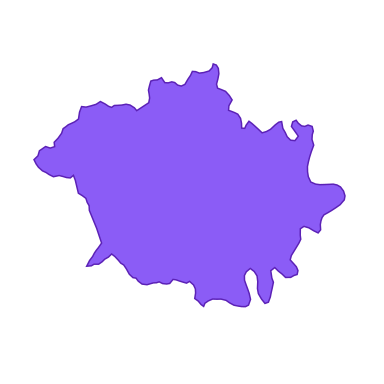 the district of Vargem, Santa Catarina, Brazil, rotated 350°
{"feature_id": "56859067B53689598872527", "entity_name": "Vargem", "entity_type": "district", "adm_level": 2, "iso_a3": "BRA", "parent_name": "Brazil", "parent_adm1": "Santa Catarina", "projection": "equal_earth", "projection_center": [-50.941, -27.469], "detail": "fine", "context": "isolated", "style": "filled", "palette": "violet", "viewbox_px": 384, "rotation_deg": 350, "n_neighbors": 0, "source": "geoboundaries", "source_scale": "gbopen_adm2", "svg_char_len": 3121}
<svg xmlns="http://www.w3.org/2000/svg" viewBox="0 0 384 384"><g transform="rotate(350 192 192)"><path d="M183.6,306.7L185.4,303.8L189.1,302.1L193.7,301.0L198.0,301.9L202.0,302.5L206.7,304.6L209.9,307.8L213.7,310.8L217.6,312.3L221.1,313.5L224.8,314.2L228.0,313.2L231.0,307.9L230.7,301.7L230.0,297.4L229.1,292.4L228.4,288.0L229.1,283.4L231.6,280.0L236.1,277.4L239.5,281.1L241.5,285.9L241.2,291.7L239.7,298.4L239.7,303.6L241.8,309.4L244.5,314.4L248.1,313.8L250.9,309.0L252.6,304.6L254.3,300.6L256.5,295.0L255.7,290.7L255.9,283.2L260.4,280.8L263.3,284.9L266.5,288.5L269.3,292.4L274.4,293.2L278.0,291.9L281.2,291.5L282.7,287.8L281.8,283.8L279.7,280.3L276.9,275.9L278.8,271.8L282.7,267.4L285.6,264.1L288.4,260.9L290.9,257.4L291.1,253.3L292.3,247.0L296.3,245.3L300.9,247.6L305.1,251.3L309.1,254.2L312.1,251.6L312.7,246.4L314.0,242.8L315.7,239.7L318.0,237.4L322.4,235.9L326.1,234.5L331.0,232.4L335.7,230.2L338.1,228.2L340.6,226.2L342.0,222.4L341.4,217.4L339.1,212.8L336.1,210.3L332.5,208.8L328.5,208.3L323.3,207.6L319.3,207.0L315.1,205.7L310.7,202.8L309.2,197.1L309.3,192.2L310.1,187.0L311.8,182.7L313.8,178.2L316.5,173.0L320.0,167.0L319.3,161.0L320.4,156.4L322.0,153.2L321.7,148.3L317.9,146.2L314.5,147.0L311.4,145.9L308.6,142.7L307.0,139.4L303.4,140.4L301.3,144.7L304.3,151.0L306.4,155.5L302.3,159.3L298.1,158.1L295.3,154.1L294.2,149.8L292.5,145.1L292.5,138.2L289.6,138.3L285.7,140.3L280.2,143.9L275.8,145.4L271.3,145.9L268.0,141.4L265.2,137.8L262.9,134.9L260.4,132.2L256.9,135.6L255.0,138.5L252.0,137.7L252.7,132.9L252.6,127.9L250.6,123.3L247.7,121.2L245.1,119.6L242.2,117.9L243.3,113.5L247.5,108.3L245.5,103.5L242.5,98.7L238.6,96.2L235.2,94.2L234.9,90.0L237.1,85.2L239.0,80.2L239.4,74.8L238.0,71.2L235.1,69.6L233.5,73.1L229.9,75.8L224.3,76.4L219.9,76.2L216.5,74.1L213.3,73.3L210.8,76.9L207.6,80.2L203.7,84.8L199.8,85.8L196.4,84.2L194.0,81.2L191.2,80.0L187.5,80.4L184.2,79.6L181.8,74.1L177.4,75.6L173.6,75.2L170.7,75.6L168.5,80.2L166.8,84.1L166.8,88.1L166.6,92.1L164.9,96.6L151.7,102.3L149.9,99.1L146.1,95.6L142.3,94.1L137.9,94.2L134.3,93.8L130.5,93.3L127.5,94.7L124.7,93.1L121.7,90.2L117.5,87.0L112.8,89.0L107.6,89.6L102.4,90.0L98.1,88.7L95.1,93.8L92.9,100.4L88.7,102.5L85.0,103.5L81.8,104.3L78.9,105.9L76.1,107.2L73.8,111.5L69.4,115.8L64.9,119.1L64.6,123.5L59.9,124.1L55.7,121.8L52.0,123.5L48.9,124.9L46.6,129.6L42.0,132.7L43.4,137.4L45.1,141.0L48.4,145.2L51.7,147.5L54.3,150.0L58.2,152.9L64.0,152.7L67.6,154.3L71.0,156.0L74.6,157.0L78.1,155.0L79.1,160.0L79.9,173.5L83.3,176.5L86.4,179.8L87.0,184.1L88.3,187.6L87.7,192.3L91.8,211.2L94.1,226.6L90.0,230.7L87.6,232.8L85.2,235.3L82.9,238.3L79.3,241.6L75.4,246.8L80.1,247.2L83.0,246.1L87.5,246.9L91.4,245.1L94.4,243.0L98.4,241.6L102.1,239.1L104.9,242.2L107.7,246.5L109.5,249.7L112.1,252.0L114.0,256.3L116.0,262.1L119.0,266.1L121.9,267.1L123.6,270.5L126.8,274.0L131.6,275.5L135.2,275.1L138.3,274.8L141.2,275.2L144.1,274.8L147.2,277.1L151.1,278.2L154.2,278.2L158.1,274.8L161.0,275.7L164.2,277.5L167.3,279.1L170.8,280.8L174.1,279.6L177.4,283.8L178.5,288.0L178.0,292.1L176.2,297.4L179.2,300.5L181.4,304.4L183.6,306.7Z" fill="#8b5cf6" stroke="#5b21b6" stroke-width="1.5"/></g></svg>